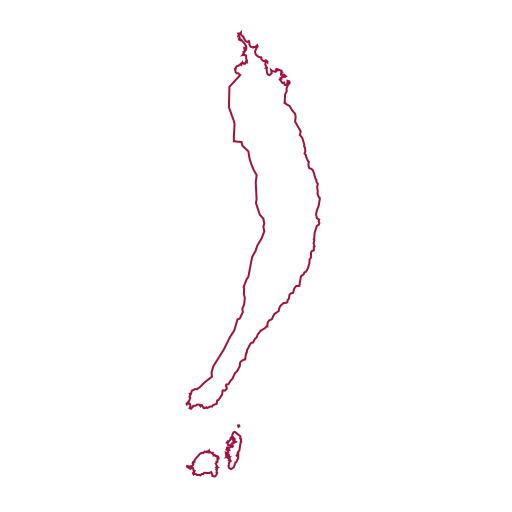 the district of Davao Occidental, Davao del Sur, Philippines, rotated 3°
{"feature_id": "2640588B86868332888935", "entity_name": "Davao Occidental", "entity_type": "district", "adm_level": 2, "iso_a3": "PHL", "parent_name": "Philippines", "parent_adm1": "Davao del Sur", "projection": "robinson", "projection_center": [125.486, 5.999], "detail": "fine", "context": "isolated", "style": "outline", "palette": "rose", "viewbox_px": 512, "rotation_deg": 3, "n_neighbors": 0, "source": "geoboundaries", "source_scale": "gbopen_adm2", "svg_char_len": 6022}
<svg xmlns="http://www.w3.org/2000/svg" viewBox="0 0 512 512"><g transform="rotate(3 256 256)"><path d="M230.8,76.1L220.6,88.5L221.2,109.0L226.9,122.5L227.7,125.8L227.6,137.6L228.0,143.6L228.0,142.0L230.3,142.8L235.5,142.9L236.7,146.6L242.9,151.9L244.5,159.2L246.9,165.4L249.3,170.4L252.4,175.1L251.9,182.6L253.6,199.1L253.2,203.2L257.7,214.7L261.3,218.2L262.6,223.2L261.8,226.3L263.0,231.0L260.7,238.0L256.7,245.7L255.3,251.0L252.2,257.2L249.4,277.4L247.8,279.7L245.2,288.0L245.9,289.0L245.8,294.2L247.0,298.4L246.7,305.0L245.1,309.4L245.8,312.7L243.0,319.4L240.8,320.3L238.2,331.5L234.4,338.0L228.5,351.6L219.2,368.2L217.7,374.5L218.3,378.8L211.3,384.9L206.5,390.2L203.8,392.2L202.2,392.1L199.0,393.8L198.3,397.0L197.1,397.1L197.7,398.3L196.9,400.2L197.8,401.2L196.6,404.9L196.2,404.9L196.2,406.1L195.4,406.0L194.4,407.2L194.8,407.9L195.7,406.8L197.8,407.2L198.5,409.1L197.6,411.4L199.0,412.0L200.9,409.9L201.2,408.9L203.2,408.8L205.1,407.4L207.3,407.5L208.4,408.9L209.0,407.7L209.7,407.7L211.5,410.4L212.0,410.1L212.6,410.7L214.2,410.1L214.4,409.6L215.6,410.3L217.6,408.9L220.1,408.6L220.8,407.2L224.5,405.6L224.8,402.3L226.1,401.8L229.4,396.2L229.7,392.2L230.3,391.8L232.0,392.1L233.8,389.9L233.4,388.1L232.8,387.6L233.0,385.9L235.2,385.5L236.9,382.1L239.0,379.7L241.0,374.3L243.2,372.0L245.7,366.5L245.5,364.2L246.1,362.5L248.5,360.5L250.6,359.9L251.1,353.7L251.8,353.1L252.0,350.5L255.0,344.0L255.9,342.9L257.6,342.6L259.3,338.7L260.8,337.4L261.9,334.2L264.7,330.2L268.6,327.7L270.1,325.8L271.1,325.7L270.9,323.2L271.5,321.1L272.5,319.7L275.1,318.3L277.3,313.0L281.5,309.8L281.9,307.1L282.9,304.6L285.9,301.6L289.0,301.1L289.7,300.4L289.9,298.5L291.1,296.7L291.5,292.8L292.6,291.6L295.0,290.8L295.8,286.8L297.1,284.6L297.8,283.9L300.8,283.6L301.9,274.4L302.4,273.3L304.4,272.0L305.3,269.7L306.7,269.1L308.5,265.5L309.7,260.3L309.7,256.5L310.9,254.8L310.8,249.7L311.3,248.3L313.5,247.2L313.2,244.0L314.0,243.4L312.8,240.1L313.5,237.1L312.8,236.1L313.2,235.5L313.3,230.0L315.1,222.8L317.1,221.4L317.6,219.7L316.8,217.9L317.2,216.4L314.9,215.2L313.8,211.4L314.3,207.9L316.0,202.2L316.7,195.7L316.5,194.4L315.8,194.2L314.2,190.7L314.3,188.2L313.4,183.7L314.0,180.9L312.4,178.6L312.2,176.7L311.5,176.0L308.5,167.7L306.9,166.1L304.7,165.6L304.1,164.6L303.5,162.0L303.8,159.2L302.9,158.4L300.9,154.5L300.5,152.5L299.1,151.2L299.8,148.7L299.2,145.0L298.3,144.1L298.4,142.2L296.0,135.6L293.5,132.8L294.1,129.2L288.0,119.8L288.3,115.0L287.6,111.9L284.5,108.7L281.7,104.5L277.8,102.5L277.0,101.1L276.7,101.3L277.1,101.8L276.6,101.8L276.6,93.4L278.1,89.5L277.7,87.4L278.7,84.1L280.6,81.4L280.0,79.8L278.3,79.4L278.7,81.2L278.0,81.7L278.4,83.0L277.6,83.8L275.7,83.6L275.1,81.3L273.3,81.9L270.5,78.4L271.4,77.9L271.3,77.4L272.1,77.6L272.0,76.4L272.7,75.5L273.7,75.9L274.9,75.2L275.7,75.7L276.5,75.0L274.4,73.4L271.5,73.7L271.4,72.2L272.5,71.2L271.6,70.6L271.8,69.7L266.9,68.1L266.6,68.3L267.4,69.5L266.7,69.6L267.0,69.9L266.0,71.0L262.5,70.5L261.4,69.6L262.1,72.6L260.1,74.6L258.6,74.3L257.6,73.0L256.8,69.4L256.9,67.8L256.4,67.7L256.9,67.4L255.2,64.3L255.5,62.0L256.9,61.3L257.2,61.7L257.2,61.1L255.4,60.0L254.2,61.0L252.6,60.6L251.1,59.2L250.7,57.8L251.3,56.9L250.4,57.4L248.4,57.1L245.8,55.4L244.9,54.1L244.3,51.7L246.0,47.3L246.6,46.8L246.2,45.5L244.2,47.5L242.4,47.4L242.1,48.0L239.7,47.2L238.3,45.2L238.3,43.5L237.5,41.7L236.0,42.7L234.3,41.9L232.1,38.5L232.2,38.0L229.1,35.6L229.2,33.6L228.3,34.6L226.6,34.8L227.3,35.9L226.7,37.6L227.6,37.6L228.2,38.4L228.1,39.7L227.5,40.2L227.9,41.0L229.0,40.8L229.3,41.4L230.1,40.9L233.9,45.1L235.4,47.6L235.4,49.4L233.4,48.8L233.5,49.8L234.7,51.3L234.0,51.6L233.9,52.7L232.8,52.9L233.2,54.4L232.4,55.1L232.8,55.6L232.4,56.0L233.3,55.8L233.8,54.7L233.6,55.9L235.6,56.3L235.9,59.5L236.6,60.9L236.1,61.7L236.7,61.9L236.8,63.2L235.5,63.2L235.1,64.5L234.3,64.7L233.2,64.0L233.0,64.3L232.4,63.4L232.2,64.1L231.0,64.6L231.1,65.9L230.1,65.5L228.9,66.8L226.9,67.4L226.0,68.8L226.0,70.0L225.2,70.3L226.2,73.7L227.3,74.5L228.7,74.5L230.8,76.1ZM219.2,453.0L218.6,454.0L217.6,453.6L217.3,454.6L214.9,454.0L213.8,455.5L212.8,455.3L210.7,456.1L205.5,462.6L205.3,464.6L204.8,464.3L204.0,465.0L204.4,465.5L203.6,466.3L204.4,467.2L203.7,468.7L200.7,469.8L198.3,469.2L198.1,470.0L201.5,472.0L203.2,470.8L204.1,471.0L205.0,473.6L205.9,473.8L204.3,476.2L205.1,477.3L205.7,476.1L205.9,476.8L208.0,477.1L208.6,477.9L210.9,477.6L212.0,478.0L213.1,476.5L214.7,476.5L215.5,475.2L220.9,475.2L222.4,474.1L223.8,476.5L223.8,477.8L226.4,478.4L227.6,477.2L228.6,474.8L227.9,474.3L228.1,471.4L227.5,471.1L228.3,470.2L227.6,469.4L228.3,469.1L227.6,468.9L228.3,468.3L226.6,465.3L227.9,464.1L227.5,463.5L228.3,463.2L228.1,460.5L229.1,460.5L229.2,459.5L228.7,458.6L227.9,458.8L227.8,457.9L226.0,457.9L225.2,456.8L224.2,457.3L224.2,456.9L223.1,456.0L223.1,454.8L222.1,455.1L220.7,454.3L219.6,454.7L219.2,453.0ZM244.1,432.7L242.7,433.3L241.7,435.9L241.7,437.4L241.0,438.2L241.8,438.1L241.5,438.8L243.0,439.4L243.9,438.3L243.4,439.4L243.9,439.8L244.0,439.6L244.2,439.8L243.5,440.1L243.3,441.1L245.7,442.6L244.9,443.0L245.2,443.4L244.6,442.9L243.2,444.1L242.9,443.4L243.3,442.3L242.4,440.0L242.9,440.1L240.8,439.5L238.2,443.1L237.5,442.6L236.7,443.8L237.3,443.9L238.1,446.6L240.8,446.3L241.4,445.1L242.9,447.2L242.2,448.0L240.9,447.6L239.7,449.0L237.2,448.9L237.0,449.8L237.8,450.3L236.9,450.3L236.6,450.9L238.8,451.7L238.0,452.3L238.6,453.8L237.8,454.3L236.1,453.9L236.5,455.8L240.1,456.0L238.9,456.5L239.9,457.6L239.5,457.9L237.7,456.4L236.9,456.4L236.8,457.1L238.0,457.3L237.2,458.2L238.5,457.8L238.6,458.5L240.0,458.4L239.3,459.1L240.2,459.2L240.3,459.6L240.0,459.4L239.2,459.7L240.6,460.9L240.5,461.4L240.0,461.2L239.8,461.4L241.4,462.1L240.0,463.4L239.6,467.6L240.3,469.2L242.3,470.1L244.9,468.1L246.3,463.2L247.0,462.9L248.8,458.8L248.7,455.6L247.8,456.9L247.1,456.4L247.8,455.4L248.1,453.1L249.6,451.0L250.4,442.7L251.0,442.4L250.5,440.9L250.7,439.6L249.6,439.0L250.0,437.5L249.5,436.6L244.1,432.7ZM247.8,425.9L247.0,426.1L247.5,427.5L248.3,426.9L247.8,425.9Z" fill="none" stroke="#9f1239" stroke-width="2"/></g></svg>